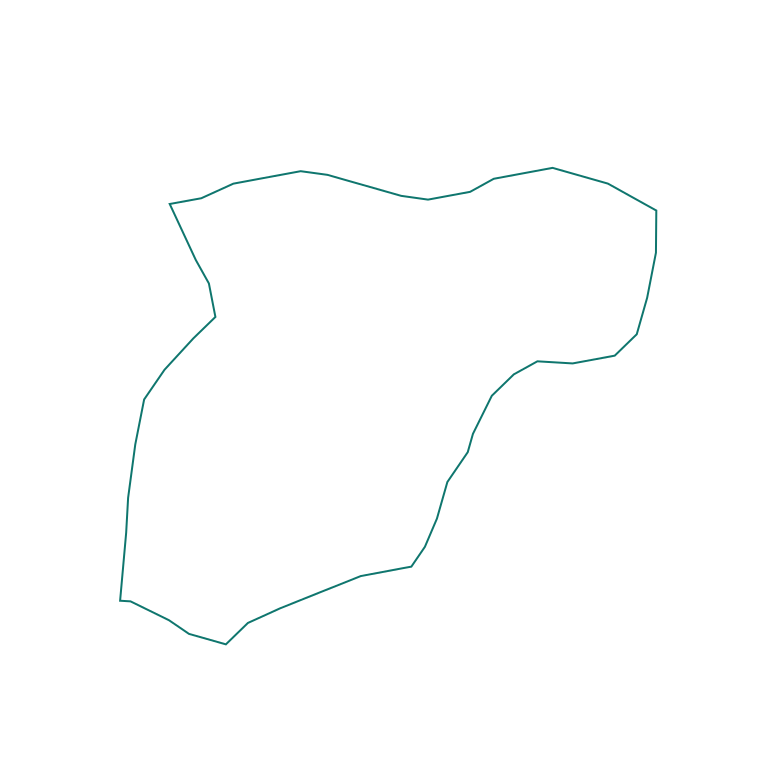 the district of Songhwa, Hwanghae-namdo, North Korea, rotated 79°
{"feature_id": "82179303B30689671895320", "entity_name": "Songhwa", "entity_type": "district", "adm_level": 2, "iso_a3": "PRK", "parent_name": "North Korea", "parent_adm1": "Hwanghae-namdo", "projection": "robinson", "projection_center": [125.113, 38.357], "detail": "fine", "context": "isolated", "style": "outline", "palette": "teal", "viewbox_px": 768, "rotation_deg": 79, "n_neighbors": 0, "source": "geoboundaries", "source_scale": "gbopen_adm2", "svg_char_len": 751}
<svg xmlns="http://www.w3.org/2000/svg" viewBox="0 0 768 768"><g transform="rotate(79 384 384)"><path d="M546.4,684.4L549.0,674.3L574.9,640.1L592.1,623.1L609.4,588.9L592.6,563.2L584.4,528.9L576.2,486.1L568.1,443.4L568.4,400.6L568.5,392.0L551.6,374.9L526.2,357.7L492.3,340.5L466.9,314.8L449.9,306.2L416.1,280.4L399.3,254.7L391.0,229.1L399.8,194.9L400.2,152.1L383.4,126.4L349.5,109.2L307.0,92.0L265.7,83.6L230.0,126.0L204.0,177.3L203.5,237.1L211.8,262.8L211.4,305.6L202.6,331.2L176.6,382.5L167.9,399.6L159.2,425.2L158.8,468.0L158.6,493.7L166.8,527.9L166.4,560.0L192.1,553.6L226.3,545.1L251.9,536.7L286.0,536.7L302.8,562.4L328.1,596.7L353.4,622.4L395.9,639.7L446.9,656.9L480.9,665.5L546.4,684.4Z" fill="none" stroke="#0f766e" stroke-width="2"/></g></svg>